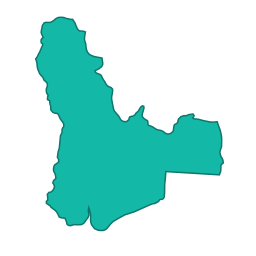 outline of Song, Sarawak, Malaysia, rotated 95°
{"feature_id": "92858781B41369964486545", "entity_name": "Song", "entity_type": "district", "adm_level": 2, "iso_a3": "MYS", "parent_name": "Malaysia", "parent_adm1": "Sarawak", "projection": "natural_earth1", "projection_center": [112.482, 1.826], "detail": "fine", "context": "isolated", "style": "filled", "palette": "teal", "viewbox_px": 256, "rotation_deg": 95, "n_neighbors": 0, "source": "geoboundaries", "source_scale": "gbopen_adm2", "svg_char_len": 3751}
<svg xmlns="http://www.w3.org/2000/svg" viewBox="0 0 256 256"><g transform="rotate(95 128 128)"><path d="M66.4,225.4L67.1,226.0L70.0,224.8L71.6,224.3L73.5,224.0L75.4,223.6L77.7,222.8L79.3,221.9L81.5,220.8L83.4,219.0L84.8,217.3L87.8,215.7L88.7,214.3L90.5,212.3L93.1,212.0L96.5,212.8L98.9,212.5L100.6,211.9L102.4,210.4L104.2,210.8L106.7,210.7L107.7,208.4L109.6,208.1L111.5,207.6L113.2,206.9L116.3,206.6L117.5,205.8L118.9,204.3L119.6,202.3L119.7,199.4L121.7,197.9L123.0,197.3L124.9,196.2L126.3,195.0L128.0,193.5L129.7,192.4L132.1,192.1L133.8,193.2L135.7,193.6L137.5,193.3L138.8,193.5L141.5,194.6L143.1,194.6L154.1,194.7L157.8,195.5L163.3,195.8L165.3,194.4L167.8,194.1L169.2,195.5L171.2,197.9L172.6,198.4L175.7,198.7L177.6,198.2L179.9,196.7L182.5,195.8L184.7,195.5L186.8,197.6L189.2,198.1L191.0,196.8L193.0,196.1L195.2,196.7L196.7,197.4L198.6,199.3L199.0,201.1L201.1,202.6L204.1,202.0L206.9,201.7L208.1,202.9L210.0,202.8L211.4,200.6L212.3,198.7L213.9,197.6L214.5,196.4L215.4,195.0L216.7,193.0L217.9,191.8L219.6,190.5L220.6,189.9L221.9,189.2L222.2,189.0L222.8,188.6L223.3,186.4L223.4,183.0L224.9,182.0L227.2,181.0L229.2,180.4L230.3,178.6L230.3,176.6L229.0,173.5L228.8,170.0L228.3,166.0L226.9,163.9L224.4,162.2L222.9,161.5L220.4,159.9L218.2,159.3L216.0,159.8L213.6,160.4L210.8,160.2L212.9,159.2L215.2,158.4L217.5,157.7L219.8,157.4L221.9,157.4L223.3,157.2L224.9,156.9L226.9,156.2L228.0,155.4L231.2,152.5L232.5,148.7L232.5,146.1L232.1,143.2L230.5,140.7L227.8,138.8L225.4,137.2L222.5,134.7L219.4,130.5L217.3,127.3L214.9,123.8L211.0,114.6L202.4,99.1L201.3,96.8L200.9,94.8L198.6,91.2L196.6,90.2L195.9,87.5L195.1,86.5L193.3,85.9L189.4,85.9L185.6,86.2L181.4,86.5L178.5,86.5L176.1,86.4L168.1,86.5L166.7,32.9L163.0,31.9L161.4,31.9L159.3,32.0L157.4,32.2L156.4,31.8L154.5,30.0L151.9,30.6L150.0,31.5L148.3,32.9L146.1,33.8L144.0,34.4L141.6,34.0L138.5,33.2L133.4,33.5L129.9,33.8L127.2,34.4L122.5,35.8L117.3,38.3L114.0,39.7L114.3,41.3L114.8,44.0L114.8,46.9L114.2,52.5L113.8,55.2L113.2,58.3L113.1,61.2L113.2,62.7L112.5,64.3L111.3,63.7L110.0,63.2L108.4,64.4L109.0,66.9L109.3,68.5L110.2,70.0L110.7,71.3L110.9,73.7L112.2,76.4L113.9,77.8L114.7,78.5L115.6,78.7L116.7,78.9L116.9,78.9L118.3,79.0L119.7,80.5L120.6,82.0L122.1,82.4L125.2,82.6L127.5,82.7L129.9,85.3L130.5,87.4L130.4,89.4L129.4,91.1L128.4,92.7L127.6,94.7L127.3,97.8L126.9,99.5L126.1,101.2L124.9,103.2L124.2,105.1L123.4,108.1L122.4,108.5L120.3,108.7L119.1,109.2L117.8,111.8L117.1,113.0L115.8,114.4L114.8,115.0L112.3,114.9L110.0,114.4L108.3,114.1L106.4,113.8L104.9,114.3L104.7,115.7L105.8,117.0L108.5,118.4L110.3,119.2L112.7,121.5L114.3,122.2L115.9,124.4L116.0,125.4L116.7,127.1L117.8,127.7L119.4,127.8L120.6,128.8L121.6,129.8L122.0,131.4L121.8,133.1L121.4,134.7L120.6,135.7L119.2,136.8L118.4,137.3L117.8,137.7L116.5,138.7L115.2,140.1L113.5,141.9L112.0,143.3L110.4,144.0L108.4,144.6L106.8,145.1L104.7,145.7L103.1,146.1L100.9,146.8L97.8,147.0L95.6,146.7L93.8,146.6L91.9,146.6L90.5,146.8L89.0,148.7L88.6,150.6L87.7,152.2L86.8,153.3L85.7,154.0L84.4,154.8L82.7,156.2L80.7,157.7L78.6,158.8L77.3,160.1L76.8,161.6L76.1,164.0L75.1,165.5L73.8,165.8L72.4,163.5L71.4,161.9L70.1,160.7L69.5,159.9L68.3,159.2L66.8,158.7L65.2,158.9L60.6,160.0L60.4,161.3L60.1,165.1L59.7,168.1L58.8,171.2L57.8,173.2L55.9,175.0L54.0,176.0L51.5,176.8L48.3,177.3L45.0,178.6L43.1,179.2L39.9,179.1L36.0,178.8L35.5,180.7L35.5,184.7L34.4,186.4L32.7,187.6L30.5,188.8L28.4,189.7L24.6,192.6L24.8,194.7L24.4,197.0L24.2,199.3L23.5,201.5L23.5,204.0L23.9,206.9L25.1,209.1L27.4,211.4L29.5,214.3L29.8,216.9L29.9,219.0L30.6,220.7L33.3,222.2L36.4,222.5L38.5,222.8L40.6,222.8L42.5,221.9L45.2,220.4L46.6,221.7L47.9,222.3L50.7,221.9L51.5,220.5L52.6,220.1L55.0,221.0L60.0,222.6L62.4,223.7L64.2,224.3L66.4,225.4Z" fill="#14b8a6" stroke="#0f766e" stroke-width="1.5"/></g></svg>